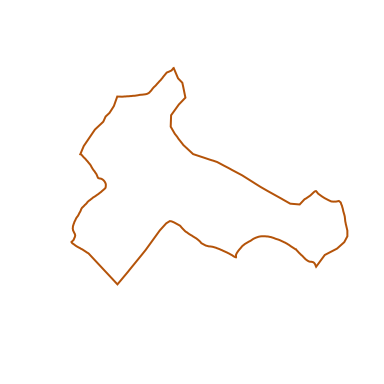 outline of Lawdar, Abyan, Yemen, rotated 65°
{"feature_id": "15242507B88557001231936", "entity_name": "Lawdar", "entity_type": "district", "adm_level": 2, "iso_a3": "YEM", "parent_name": "Yemen", "parent_adm1": "Abyan", "projection": "robinson", "projection_center": [45.821, 13.812], "detail": "fine", "context": "isolated", "style": "outline", "palette": "amber", "viewbox_px": 384, "rotation_deg": 65, "n_neighbors": 0, "source": "geoboundaries", "source_scale": "gbopen_adm2", "svg_char_len": 5768}
<svg xmlns="http://www.w3.org/2000/svg" viewBox="0 0 384 384"><g transform="rotate(65 192 192)"><path d="M73.9,219.4L80.2,225.6L81.1,226.5L84.3,231.5L85.2,233.0L85.4,233.2L87.1,238.4L90.8,242.7L94.4,253.6L104.6,270.7L110.6,277.3L111.3,276.5L112.2,276.2L113.0,276.0L114.0,275.7L114.8,275.5L115.7,275.1L116.8,274.7L117.8,274.4L118.7,274.2L119.6,273.9L120.4,273.6L121.3,273.5L122.2,273.2L123.1,273.0L124.0,272.7L124.9,272.6L125.8,272.5L126.7,272.5L127.5,272.4L128.6,272.3L129.5,272.2L130.5,272.0L131.5,271.8L132.3,271.5L133.2,271.5L134.1,271.3L135.1,271.1L136.1,271.1L137.0,271.1L138.0,271.2L138.9,271.2L139.7,271.1L140.4,270.4L140.9,269.7L141.4,268.9L142.2,268.2L143.0,267.7L143.8,267.3L144.7,267.0L145.6,266.8L146.5,266.7L147.5,266.7L148.4,266.8L149.2,267.1L150.1,267.6L151.0,268.1L151.7,268.7L152.1,269.6L152.4,270.6L152.7,271.6L153.0,272.8L153.3,273.7L153.6,274.7L153.8,275.8L154.0,276.7L154.3,277.7L154.4,278.7L154.6,279.8L154.8,280.8L155.0,282.0L155.1,283.1L155.2,284.1L155.5,285.0L155.7,285.9L155.9,286.9L156.2,287.9L156.3,288.9L156.6,289.9L156.9,290.9L157.4,291.7L157.8,292.6L158.2,293.6L158.4,294.5L158.8,295.4L159.2,296.4L159.5,297.3L159.8,298.3L160.3,299.0L160.9,299.9L161.6,300.5L162.3,301.3L162.9,302.1L163.4,302.9L164.1,303.7L164.6,304.4L165.2,305.1L165.7,306.0L166.1,306.8L166.6,307.7L167.2,308.5L167.8,309.2L168.5,310.0L169.0,310.7L169.7,311.5L170.4,312.1L171.0,312.8L171.7,313.4L172.4,314.1L173.1,314.6L173.9,315.0L174.6,315.5L175.5,315.7L176.4,316.0L177.3,316.0L178.3,316.0L179.2,316.0L180.2,315.9L181.1,316.0L182.0,316.2L182.8,316.8L183.5,317.4L184.1,318.2L184.8,318.9L185.4,319.6L185.7,320.5L186.1,321.5L186.4,322.4L187.3,322.3L188.2,322.0L188.9,321.5L190.0,320.9L190.8,320.5L191.7,320.0L192.5,319.5L193.2,319.0L193.9,318.5L194.7,317.9L195.4,317.3L196.3,316.8L197.0,316.2L197.9,315.5L198.8,315.0L199.7,314.4L200.7,313.8L201.5,313.3L202.4,312.8L203.2,312.2L204.0,311.7L244.2,298.6L236.9,283.0L236.5,282.3L227.8,264.3L225.0,258.6L213.2,237.4L209.5,228.6L209.0,224.4L210.0,222.9L212.0,221.1L217.3,217.2L218.3,216.8L219.3,216.6L220.2,216.3L221.2,216.0L222.0,215.7L222.9,215.4L223.7,215.1L224.6,214.8L225.4,214.4L226.5,213.6L227.4,213.2L228.2,212.7L229.0,212.3L229.7,211.8L230.5,211.3L231.2,210.7L232.1,210.2L233.1,209.6L233.8,209.1L234.6,208.6L235.3,208.1L236.1,207.6L236.9,207.2L237.9,206.7L238.8,206.3L239.7,205.9L240.5,205.6L241.3,205.4L242.2,205.2L242.4,205.1L246.3,202.2L248.4,199.7L248.9,198.7L249.5,197.8L250.0,197.0L250.6,196.2L251.3,195.4L252.1,194.5L252.7,193.8L253.4,193.2L254.2,192.4L254.9,191.7L255.5,191.1L256.3,190.5L257.0,189.8L257.7,189.2L258.6,188.5L259.5,187.7L260.2,187.1L260.9,186.5L261.7,185.8L262.4,185.3L263.1,184.7L263.9,184.1L264.8,183.5L265.7,182.8L266.4,182.3L267.3,181.8L268.1,181.3L268.9,180.7L269.6,180.0L269.8,179.7L269.7,179.6L269.2,179.5L269.1,179.4L267.7,178.8L267.1,178.2L266.3,177.2L265.0,175.1L264.1,173.3L263.3,171.4L263.2,171.3L262.7,170.2L262.3,169.4L262.0,168.3L261.8,167.3L261.5,166.3L261.4,165.4L261.3,164.3L261.2,163.3L261.1,162.2L261.0,161.2L261.0,160.0L260.9,159.0L260.7,158.0L260.5,156.9L260.4,155.9L260.4,154.7L260.4,153.7L260.5,152.5L260.6,151.6L260.7,150.6L260.9,149.7L261.2,148.6L261.6,147.5L262.0,146.6L262.4,145.7L262.8,144.9L263.4,143.8L263.9,143.0L264.4,142.0L265.0,141.2L265.6,140.4L266.4,139.3L267.2,138.5L267.8,137.8L268.5,137.1L269.4,136.3L270.1,135.6L270.7,134.9L271.5,134.0L272.3,133.2L273.1,132.5L273.8,131.9L274.8,131.1L275.6,130.4L276.4,129.8L277.0,129.2L278.0,128.5L278.9,127.8L279.9,127.2L280.7,126.6L281.6,126.1L282.5,125.6L283.4,125.1L284.3,124.5L285.1,124.0L285.9,123.5L286.7,123.0L287.7,122.4L287.8,122.0L288.3,121.9L289.2,121.7L290.1,121.4L290.9,121.1L291.8,120.9L292.8,120.5L293.6,120.2L294.4,119.9L295.3,119.6L296.2,119.1L297.1,118.8L298.0,118.5L299.0,118.2L299.9,117.8L300.8,117.6L301.6,117.1L302.4,116.7L303.2,116.2L303.9,115.7L304.6,115.1L305.2,114.3L305.6,113.4L306.3,112.5L306.9,111.8L307.8,111.3L308.6,111.1L309.5,111.0L310.4,111.0L311.3,111.1L312.2,111.1L305.2,98.3L305.1,96.3L304.6,84.5L301.8,75.2L297.8,69.9L292.6,67.5L286.9,66.3L286.2,66.2L285.2,65.9L284.3,65.7L283.4,65.5L282.5,65.2L281.4,64.8L280.5,64.5L279.6,64.2L278.7,63.9L277.6,63.7L276.6,63.5L275.7,63.4L274.7,63.2L273.8,63.1L272.9,62.9L271.7,62.6L270.7,62.4L270.3,62.3L269.8,62.3L268.8,62.1L267.8,61.9L266.9,61.9L266.0,61.9L265.2,61.7L264.2,61.7L262.2,62.7L261.6,65.4L261.5,65.7L260.5,67.9L259.4,69.8L257.0,71.8L253.6,74.4L251.1,76.0L249.3,77.0L246.8,78.4L244.5,78.9L243.6,79.2L243.4,79.8L243.4,80.5L243.6,81.5L244.3,83.6L245.2,86.3L246.1,91.8L246.1,93.0L246.5,94.0L248.8,99.7L244.1,107.9L236.8,113.1L236.6,113.2L231.1,117.2L222.8,123.2L217.4,127.0L216.1,127.9L210.1,131.8L209.9,131.9L198.1,139.5L196.9,140.4L188.7,146.6L187.4,147.5L185.0,149.3L181.9,151.7L175.5,156.5L172.5,159.6L171.4,160.9L170.9,161.4L170.2,162.2L165.9,166.7L158.1,175.0L145.5,180.1L145.2,180.1L137.9,181.8L135.7,182.1L132.0,183.0L123.8,183.7L113.6,178.5L111.6,174.9L107.0,166.7L106.9,166.3L103.7,158.1L92.9,155.5L88.9,154.6L83.1,156.6L71.9,156.2L71.9,156.6L72.3,157.3L73.2,159.2L73.2,160.1L73.2,160.3L73.2,161.5L73.2,162.5L73.1,163.5L73.1,164.5L73.6,165.5L74.1,166.6L74.5,167.4L75.0,168.5L75.6,169.7L76.2,170.7L76.6,171.6L76.9,172.3L77.0,172.4L77.5,173.5L77.8,174.5L78.2,175.4L78.7,176.5L79.1,177.6L79.4,178.2L79.5,178.5L79.9,179.3L80.3,180.3L80.6,181.3L80.9,182.3L81.3,183.2L81.7,184.1L82.2,185.0L82.7,185.9L83.1,186.8L83.4,187.7L83.9,188.7L84.0,189.7L84.1,190.7L84.0,191.7L83.8,192.7L83.5,193.7L83.2,194.6L82.9,195.6L82.3,197.2L81.9,198.2L81.7,199.2L81.4,200.4L81.1,201.4L80.8,202.5L80.5,203.4L80.1,204.3L79.7,205.4L79.4,206.5L79.0,207.4L78.6,208.6L78.1,209.8L77.7,210.7L77.4,211.7L76.9,212.8L76.6,213.7L76.2,214.8L75.8,215.7L75.3,216.6L74.8,217.6L74.4,218.5L73.9,219.4L73.9,219.4Z" fill="none" stroke="#b45309" stroke-width="2"/></g></svg>